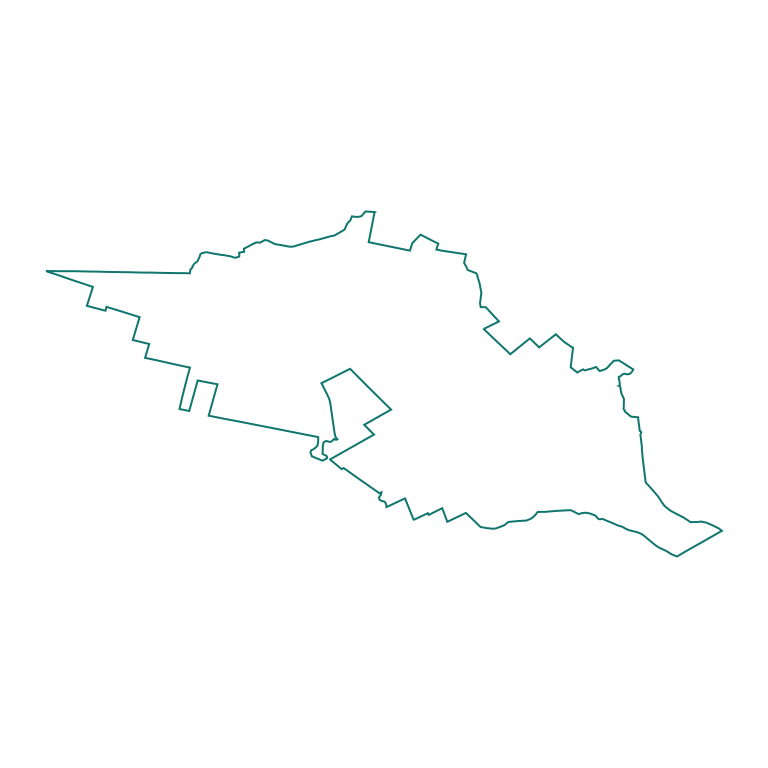 the district of Doba, Satu Mare, Romania
{"feature_id": "2599482B56088376040975", "entity_name": "Doba", "entity_type": "district", "adm_level": 2, "iso_a3": "ROU", "parent_name": "Romania", "parent_adm1": "Satu Mare", "projection": "equal_earth", "projection_center": [22.698, 47.743], "detail": "fine", "context": "isolated", "style": "outline", "palette": "teal", "viewbox_px": 768, "rotation_deg": 0, "n_neighbors": 0, "source": "geoboundaries", "source_scale": "gbopen_adm2", "svg_char_len": 6013}
<svg xmlns="http://www.w3.org/2000/svg" viewBox="0 0 768 768"><path d="M123.9,312.2L136.8,316.3L139.6,317.2L132.8,340.0L135.7,340.7L149.2,344.0L145.1,357.9L149.8,358.8L158.1,360.6L173.6,364.1L182.8,366.1L190.0,367.6L187.2,377.5L182.7,395.2L179.5,409.0L189.2,411.0L197.7,380.5L217.5,384.3L213.2,399.5L208.7,415.7L224.9,418.9L241.4,422.0L318.2,437.1L318.2,438.7L318.2,440.7L317.9,443.0L317.7,444.9L317.6,445.4L317.2,446.0L316.0,447.1L315.2,447.9L314.1,448.8L313.5,449.2L312.7,449.6L311.4,450.2L311.1,450.6L310.5,452.1L310.5,452.6L311.8,456.0L311.8,456.3L322.5,460.7L326.7,458.5L327.2,457.9L327.2,457.6L327.1,457.1L326.5,455.9L322.5,453.9L322.6,452.6L322.7,451.6L322.8,447.9L322.8,446.5L323.2,443.9L323.5,442.6L323.8,442.1L325.0,441.5L326.2,441.0L327.2,441.2L328.2,441.5L330.3,442.0L332.4,440.8L333.9,439.0L334.1,439.0L334.4,439.3L334.7,439.4L335.2,439.4L335.5,439.5L335.8,439.8L336.0,439.9L336.3,439.8L336.7,439.6L337.3,439.3L336.4,438.2L335.6,436.9L335.2,435.9L334.7,433.5L334.2,430.4L330.5,404.8L330.0,402.0L329.7,400.5L329.3,399.2L328.4,397.1L327.0,394.1L321.4,383.2L322.1,382.8L326.6,380.6L331.7,378.1L337.6,375.1L350.1,368.8L370.6,389.4L391.1,409.6L364.2,424.8L374.0,434.6L330.1,459.4L330.1,459.6L341.7,469.1L343.5,468.1L345.6,469.4L355.2,476.3L362.8,481.6L379.5,493.3L381.4,492.3L381.0,494.7L380.2,495.8L379.4,496.9L379.0,497.9L379.2,498.7L379.6,499.7L380.3,500.3L381.5,500.8L383.5,501.4L384.9,501.9L385.4,502.9L386.2,504.3L386.4,505.7L386.5,507.1L405.0,498.4L407.6,504.8L413.6,519.6L414.3,519.6L427.8,513.2L428.7,514.9L442.2,508.2L444.8,515.0L447.3,521.8L453.8,518.7L465.9,512.9L472.0,518.7L480.5,527.0L486.7,528.1L492.5,528.7L495.0,528.6L497.5,527.9L503.1,525.7L504.7,525.0L507.1,522.9L508.4,522.0L511.1,521.7L518.4,521.0L526.3,520.6L530.9,518.7L532.9,517.3L535.3,515.0L536.8,513.0L537.4,512.2L537.8,512.0L538.3,511.9L539.2,511.9L544.2,511.9L557.9,510.8L562.1,510.6L565.1,510.4L570.6,510.2L571.1,510.3L578.2,513.9L578.8,514.1L579.4,513.9L580.5,513.5L581.1,513.3L585.7,512.7L590.1,513.5L591.0,513.9L591.7,514.2L595.2,515.4L596.0,516.3L598.0,518.6L598.5,519.0L599.2,519.2L600.2,519.2L601.7,519.0L602.3,518.9L603.1,519.2L612.7,523.2L617.3,525.2L619.3,525.9L621.5,526.5L623.2,527.3L624.9,528.3L627.6,529.6L629.4,530.3L633.1,531.2L636.9,532.1L641.0,533.7L641.9,534.2L643.3,535.2L649.3,540.2L655.4,545.2L657.9,546.9L660.3,548.2L664.2,550.0L667.2,551.5L670.9,553.9L672.9,554.9L677.0,556.5L689.0,549.5L702.3,542.0L721.9,530.8L718.9,528.5L717.8,527.9L716.5,527.3L713.8,525.9L706.6,522.7L703.5,522.1L701.2,521.6L700.9,521.5L700.5,521.6L698.9,521.9L696.1,522.0L692.3,522.1L691.0,522.1L690.4,522.1L690.2,522.0L689.1,521.2L683.7,517.6L682.6,517.0L676.7,514.0L670.4,510.7L667.5,508.3L665.3,506.6L663.7,505.0L663.5,504.4L661.5,501.8L658.6,497.1L655.0,492.8L649.8,486.9L645.8,482.6L645.6,481.7L645.2,478.2L644.6,473.7L642.8,459.2L641.8,448.2L642.0,447.9L640.4,434.5L640.6,433.8L640.8,433.2L641.3,432.4L640.5,431.1L639.7,430.8L639.2,426.5L638.8,423.5L638.4,420.5L638.1,417.3L637.1,417.2L634.9,417.0L633.3,416.9L631.8,416.7L631.0,416.5L630.6,416.3L629.5,415.4L627.8,414.0L626.4,412.7L625.7,412.4L624.8,411.2L624.9,410.9L624.8,410.5L624.5,410.1L624.0,409.7L623.7,409.3L623.6,408.7L623.8,406.2L623.8,403.8L623.9,401.2L623.9,399.4L623.8,398.4L623.2,397.3L622.3,395.3L621.5,393.4L620.9,391.6L620.7,389.6L620.5,389.0L620.3,387.3L620.1,386.4L619.7,385.8L619.0,385.7L619.8,385.2L619.7,382.7L619.3,380.4L618.8,378.1L618.7,377.1L618.8,376.9L619.4,376.7L620.0,376.3L620.8,375.9L621.5,375.3L622.0,374.9L622.4,374.5L623.1,374.1L623.6,373.9L624.2,373.8L624.8,373.8L625.4,373.9L626.0,374.1L626.6,374.2L627.4,374.3L627.7,374.3L628.5,374.1L629.4,373.9L629.8,373.8L630.2,373.5L630.9,372.9L631.7,372.1L632.4,371.1L632.7,370.5L633.0,369.7L633.2,369.4L627.7,366.0L626.1,364.9L624.2,363.8L622.6,362.6L620.2,361.3L619.2,360.5L618.8,360.4L618.5,360.4L614.5,360.7L613.9,360.8L613.7,360.9L611.8,362.9L610.5,364.2L609.7,364.9L609.1,365.8L607.8,367.2L607.0,368.0L605.5,369.0L604.2,369.6L603.2,369.9L602.1,370.2L601.4,370.5L600.3,370.9L599.7,371.0L599.4,370.8L596.2,367.1L596.0,366.9L595.9,366.9L595.2,367.2L594.1,367.7L592.4,368.3L591.1,368.7L586.1,370.0L585.0,370.3L584.6,370.3L584.3,370.2L583.2,369.4L582.8,369.5L577.2,372.5L570.7,367.3L572.2,354.5L573.1,347.7L572.2,347.4L564.1,341.9L555.8,334.3L539.1,347.4L537.2,345.5L529.9,338.4L510.3,354.2L501.6,346.0L483.9,329.2L484.1,329.0L484.5,328.6L498.9,321.4L485.9,307.3L485.7,307.2L480.7,307.1L480.1,303.7L480.1,302.5L481.2,294.0L481.2,293.7L481.3,293.4L481.3,292.6L480.3,287.2L479.4,282.6L477.7,277.4L477.5,276.3L476.8,274.0L476.2,273.3L475.4,272.8L473.7,272.3L467.8,270.0L467.3,269.2L466.9,268.1L466.4,267.0L464.1,262.8L466.1,254.3L453.3,252.4L440.9,250.5L436.4,249.5L437.1,247.1L438.3,243.7L435.1,242.1L420.6,234.7L418.4,236.9L412.4,243.0L409.9,250.6L406.4,249.9L368.7,242.2L374.5,212.5L374.9,212.1L374.4,212.0L373.4,212.0L371.5,211.8L365.5,211.5L363.2,214.1L361.3,216.2L357.6,217.0L351.9,216.4L350.3,220.4L347.5,223.2L345.9,226.4L344.8,229.3L343.1,230.5L338.3,233.3L334.0,235.7L332.1,235.9L327.1,237.2L323.7,238.2L320.4,239.1L314.9,240.4L312.9,240.9L308.7,241.9L304.2,243.3L303.5,243.5L298.6,244.9L294.2,246.4L291.8,246.7L289.4,246.7L284.4,245.7L280.6,245.0L274.8,244.1L273.1,243.2L270.6,241.9L267.9,240.6L264.9,240.0L260.2,242.6L256.4,242.4L252.1,244.4L247.5,246.9L243.9,248.7L244.1,251.8L239.1,252.7L239.3,255.0L239.2,256.5L237.4,257.2L235.8,257.7L234.6,257.7L229.7,256.1L228.0,255.9L225.0,255.3L221.5,254.9L213.9,253.7L207.2,252.3L205.6,252.3L201.7,253.2L200.3,254.4L199.7,256.6L197.5,261.3L194.3,263.7L192.7,266.1L192.1,267.8L190.3,269.9L189.9,273.3L182.3,273.1L176.2,273.1L168.2,273.0L159.1,272.8L151.1,272.6L143.5,272.6L135.4,272.4L127.7,272.2L119.6,272.1L111.7,272.0L103.7,271.8L95.8,271.6L87.8,271.5L79.8,271.3L72.0,271.2L63.7,271.2L59.9,271.2L46.1,271.0L47.5,271.7L53.6,273.6L61.3,276.2L66.6,278.1L73.4,280.4L92.9,286.9L91.8,290.5L88.6,300.5L86.9,305.8L93.5,307.6L97.8,308.7L104.9,310.6L105.5,310.7L106.5,306.8L111.5,308.4L123.9,312.2Z" fill="none" stroke="#0f766e" stroke-width="2"/></svg>